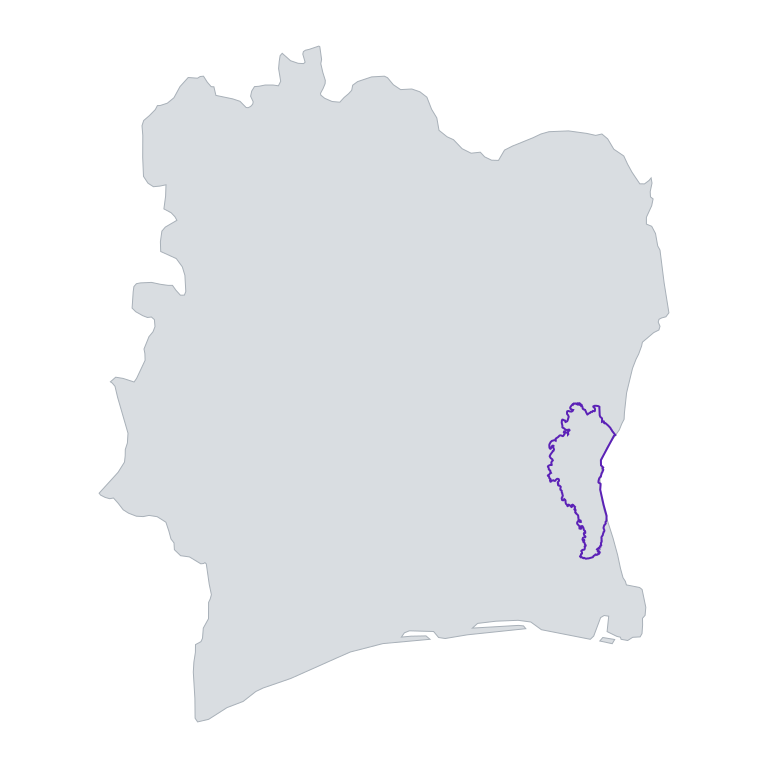 Indenie-Djuablin, Comoe, Ivory Coast (highlighted)
{"feature_id": "98640826B87987908031267", "entity_name": "Indenie-Djuablin", "entity_type": "district", "adm_level": 2, "iso_a3": "CIV", "parent_name": "Ivory Coast", "parent_adm1": "Comoe", "projection": "robinson", "projection_center": [-3.502, 6.624], "detail": "fine", "context": "in_parent", "style": "outline", "palette": "violet", "viewbox_px": 768, "rotation_deg": 0, "n_neighbors": 0, "source": "geoboundaries", "source_scale": "gbopen_adm2", "svg_char_len": 9626}
<svg xmlns="http://www.w3.org/2000/svg" viewBox="0 0 768 768"><path d="M157.4,105.6L160.2,105.5L167.3,103.2L173.9,97.8L180.0,86.6L188.2,77.5L197.5,78.2L200.2,76.5L203.5,76.2L207.3,82.2L211.2,86.7L213.9,86.8L215.9,95.4L232.8,98.9L240.0,101.3L246.1,107.5L248.2,107.7L250.7,106.4L252.7,104.2L253.2,101.8L250.6,96.2L251.7,91.1L254.5,86.6L258.8,86.3L265.3,85.0L272.8,85.0L278.4,85.8L280.7,81.3L278.6,68.6L279.2,61.6L280.1,55.7L282.2,53.3L290.5,60.7L298.1,63.3L303.6,63.6L305.1,62.2L302.8,54.1L303.4,51.6L305.5,50.2L309.1,49.4L318.8,46.1L319.8,46.7L321.6,59.5L320.8,63.7L322.8,72.4L325.3,80.4L325.1,83.7L323.0,88.7L320.5,93.3L320.8,95.1L324.7,98.3L332.1,101.5L339.8,102.2L344.1,97.5L348.6,93.7L351.7,90.3L352.7,85.2L357.6,81.6L371.6,76.9L384.4,76.2L387.5,77.7L393.3,84.7L400.6,89.6L411.8,89.0L419.9,91.8L426.9,97.2L431.6,109.3L436.8,117.9L439.0,130.3L447.1,136.8L453.5,139.7L462.1,148.7L471.1,153.2L480.3,152.2L484.7,156.9L491.6,160.2L498.5,160.4L504.5,150.1L512.6,146.0L532.9,137.8L540.9,134.0L549.0,131.7L568.5,130.9L586.7,133.4L595.7,135.4L601.9,134.0L607.7,138.9L613.8,149.2L618.7,152.5L623.8,156.0L627.6,164.2L632.0,172.2L634.4,175.8L639.8,183.8L644.5,183.9L649.1,180.4L651.1,177.9L652.0,183.1L650.2,191.7L650.5,196.9L653.1,198.9L651.7,205.7L646.4,217.3L646.4,224.1L651.7,226.3L655.5,233.5L657.7,245.9L660.0,250.1L660.3,252.6L664.1,282.7L668.9,312.8L665.9,316.8L661.7,317.9L659.0,319.3L658.2,322.1L660.0,326.3L658.9,330.0L653.7,332.6L642.4,342.2L641.6,346.0L638.6,354.2L636.1,359.1L632.5,368.4L626.6,392.8L624.4,413.1L624.1,419.3L621.8,423.7L619.3,429.9L607.0,447.3L600.8,461.5L601.6,467.6L601.9,473.8L600.0,478.3L600.4,490.3L601.9,500.3L604.1,510.1L613.0,538.0L617.6,554.9L620.5,568.5L623.0,577.7L625.4,581.4L626.4,584.9L639.6,587.5L642.1,589.5L645.8,607.3L645.1,615.3L642.5,618.3L642.6,625.1L642.0,633.6L640.1,636.9L632.7,637.3L627.7,640.5L621.1,639.3L620.4,637.2L616.9,636.4L607.1,631.6L608.7,616.2L604.1,615.5L600.6,617.6L593.7,636.1L590.3,639.3L541.4,629.7L530.8,622.0L518.1,620.3L495.9,621.2L477.6,623.4L472.4,628.1L518.5,625.4L523.5,625.9L525.8,628.7L467.4,634.8L445.2,638.5L438.6,637.5L433.6,631.5L409.4,630.8L404.4,632.8L401.4,637.1L410.9,636.2L426.0,635.9L430.0,639.3L382.9,643.6L350.3,652.0L336.4,658.1L290.9,678.4L263.1,688.0L255.8,691.5L243.2,701.4L227.0,707.6L208.7,719.3L197.6,721.9L195.1,718.2L194.9,698.5L193.3,672.1L193.9,662.0L195.4,652.4L195.5,644.6L201.0,641.6L202.5,638.3L203.3,628.1L208.5,618.7L208.6,602.4L210.2,599.0L211.4,594.7L209.2,584.1L206.3,563.9L204.9,562.6L203.7,563.5L200.8,563.8L189.4,556.9L180.6,555.7L174.4,549.7L174.0,542.9L171.0,539.0L168.9,531.2L165.9,522.2L157.2,516.7L149.0,515.4L143.2,516.6L136.4,516.2L128.6,513.2L123.2,509.8L118.2,503.3L113.5,498.0L109.7,498.7L105.1,497.4L100.6,495.1L99.1,493.2L118.1,472.3L124.5,462.1L125.2,455.8L125.3,449.5L127.4,443.0L128.0,433.2L117.6,397.3L115.0,386.3L112.2,383.0L110.4,381.8L115.7,377.2L123.0,378.4L134.1,382.0L136.6,378.4L145.1,360.3L144.9,353.6L144.0,349.0L149.0,336.6L153.0,331.8L155.0,326.6L154.4,319.6L151.4,317.0L147.5,317.5L142.8,315.7L135.7,311.7L132.1,308.1L133.2,291.7L133.9,286.6L136.4,283.7L140.4,282.9L151.5,282.4L160.4,284.3L168.3,285.4L172.5,285.4L175.9,290.2L180.4,295.2L184.4,295.1L185.8,291.5L184.9,275.3L182.3,266.8L176.3,258.6L160.7,251.5L160.4,241.7L161.9,231.1L165.3,227.1L176.9,220.3L174.9,216.7L171.2,212.8L163.9,208.9L165.6,196.2L166.0,184.8L159.8,186.1L153.4,186.7L148.0,183.2L143.5,176.4L142.7,157.4L142.8,135.4L142.0,125.7L143.7,120.5L149.2,115.8L155.3,109.6L157.4,105.6ZM614.7,639.5L612.2,643.7L599.8,641.0L602.8,637.5L614.7,639.5Z" fill="#d9dde1" stroke="#a8b0b8" stroke-width="1"/><path d="M575.1,403.6L574.2,403.5L574.2,403.8L573.6,403.9L573.0,404.7L572.6,404.3L571.3,405.8L570.4,407.1L570.2,407.7L570.3,408.4L570.6,408.9L571.5,409.3L572.1,409.9L573.1,410.0L572.8,410.7L572.3,411.2L571.4,411.6L569.6,411.4L568.4,411.0L567.4,411.2L567.1,411.7L567.0,412.9L567.1,414.0L567.4,414.4L568.1,415.2L568.7,416.8L567.6,420.4L567.2,421.2L565.6,422.0L565.3,421.7L565.2,420.8L565.0,420.5L563.8,420.2L562.8,419.6L562.3,419.7L561.9,420.5L561.7,422.7L562.4,425.6L562.4,427.4L563.1,427.9L563.7,428.1L565.8,429.9L566.5,429.9L567.5,430.4L567.9,430.2L568.0,429.8L568.1,429.7L569.1,429.6L569.4,429.9L569.5,430.4L568.7,431.0L567.9,432.3L568.3,434.2L568.0,434.5L568.0,433.9L567.4,432.8L566.9,432.6L566.1,432.5L565.4,432.1L564.6,431.4L564.2,431.4L563.8,432.2L564.4,433.0L564.7,433.8L564.3,434.2L563.7,435.3L563.1,436.0L562.7,436.1L560.9,435.4L560.0,435.4L559.4,435.7L558.3,436.9L555.8,438.6L555.6,438.9L555.8,440.2L555.7,440.7L554.8,440.2L554.2,440.2L551.9,440.9L550.7,442.0L549.5,444.2L549.3,445.0L549.4,447.2L549.5,447.8L550.0,448.6L550.4,448.8L550.8,448.6L551.3,447.8L551.5,446.9L552.3,445.8L552.9,445.6L553.5,445.8L553.5,446.1L553.1,446.7L553.0,447.3L553.5,447.9L554.0,449.4L553.6,450.6L553.5,450.8L552.8,451.0L552.7,451.5L550.8,454.0L549.9,455.6L549.7,456.3L549.8,456.6L550.7,458.1L552.3,459.3L552.8,460.5L552.0,461.2L551.4,462.3L551.3,463.2L551.7,464.4L551.6,465.0L550.2,465.0L548.4,465.8L548.0,466.4L547.9,466.7L548.8,468.3L548.8,469.4L549.3,469.9L550.2,470.5L550.3,470.9L550.2,471.2L551.0,472.9L550.1,473.2L549.3,474.6L548.4,474.9L547.9,475.6L548.2,476.1L548.9,476.5L549.2,477.0L549.3,477.3L549.2,477.8L549.5,478.4L550.3,478.8L550.3,479.4L550.0,480.4L550.4,481.6L550.7,481.7L551.0,481.2L551.4,481.0L551.6,480.4L552.4,480.6L553.5,480.3L554.2,480.8L554.9,480.9L555.4,480.6L555.8,479.9L557.0,478.9L557.8,478.8L558.6,479.1L559.0,480.0L559.0,480.8L558.8,481.1L558.0,482.0L557.8,482.4L557.8,483.1L558.2,483.4L558.0,484.0L558.0,484.9L558.5,485.5L559.4,485.5L560.7,486.7L560.7,487.0L560.3,488.9L560.5,489.8L560.9,490.0L561.7,490.8L561.7,492.1L562.3,493.2L562.2,493.7L562.4,494.1L562.8,495.7L562.8,495.9L562.4,496.5L562.2,497.3L561.7,498.1L562.0,499.9L562.4,500.2L563.3,500.3L563.7,500.0L564.2,499.1L565.2,499.9L565.5,500.5L565.6,502.6L565.8,503.4L566.1,504.0L567.0,504.7L567.2,505.6L567.6,506.1L567.9,506.0L568.1,505.1L568.7,504.7L569.8,505.3L570.6,506.2L571.5,507.0L572.0,506.7L572.2,506.4L572.1,505.9L571.7,505.5L571.8,505.1L572.5,504.7L573.1,504.9L575.0,506.9L574.7,507.3L574.9,508.1L574.4,509.5L574.8,510.0L575.0,510.1L575.4,509.7L575.6,510.1L575.5,510.9L575.3,511.4L575.2,512.3L576.0,513.0L575.9,513.3L577.7,514.9L578.1,515.5L578.3,516.4L578.2,517.1L578.4,517.5L578.5,519.3L579.4,520.1L580.6,520.6L580.8,521.4L580.8,521.7L580.6,521.7L580.7,521.9L580.1,522.0L579.5,521.7L578.7,521.0L577.9,521.2L577.2,522.4L577.1,523.2L577.3,523.9L579.4,526.2L579.5,527.2L579.4,528.0L579.5,528.5L580.7,528.8L581.2,528.6L581.3,528.4L581.3,527.9L580.5,527.1L580.4,526.6L580.5,526.4L581.6,526.1L582.4,526.1L583.3,527.6L583.6,528.5L583.7,529.3L584.0,530.1L585.0,531.0L585.2,531.6L585.1,532.0L585.3,532.8L585.2,532.9L584.3,532.6L584.2,532.7L583.8,533.6L584.1,535.0L585.2,536.3L585.4,536.5L585.4,536.9L585.1,537.3L583.6,537.5L583.0,537.8L582.6,538.9L582.5,539.6L582.9,540.4L583.7,540.0L584.2,540.0L584.3,540.2L584.2,540.9L583.5,541.5L583.4,541.9L584.5,542.8L584.8,543.6L584.9,544.4L585.7,545.2L585.7,545.7L585.5,546.0L585.1,546.0L584.7,546.3L584.6,546.5L584.9,547.6L584.6,549.1L584.4,549.5L583.2,549.9L582.5,549.9L581.4,550.8L581.3,551.1L581.7,551.6L582.0,552.6L582.0,553.6L581.0,554.2L580.9,555.0L580.6,555.8L580.2,556.1L580.1,556.3L580.3,556.5L580.2,556.6L580.7,557.2L581.2,556.9L581.5,556.9L581.9,557.4L583.1,558.1L583.6,558.2L583.8,557.9L584.2,557.9L585.9,558.7L587.8,558.4L588.6,558.4L592.8,557.2L593.7,555.8L594.7,555.4L595.4,554.5L595.8,554.4L596.4,554.9L596.9,554.9L597.6,554.4L598.0,554.3L598.1,553.9L598.5,554.0L599.0,553.8L599.1,553.2L599.6,552.8L599.1,552.4L599.1,551.9L598.8,551.8L598.9,551.5L598.5,551.9L598.2,551.7L598.1,551.4L597.9,551.2L598.3,550.8L598.5,550.8L598.4,550.7L597.8,550.5L597.8,550.1L597.5,549.9L597.4,549.4L597.1,549.3L597.3,549.0L597.5,549.0L598.0,548.6L598.7,548.4L598.7,547.9L598.9,547.8L599.4,548.2L599.4,547.6L600.0,546.3L600.3,546.3L600.5,546.4L600.8,545.3L601.2,545.1L600.9,544.1L601.0,543.6L600.9,543.0L601.4,542.4L601.4,541.9L601.7,541.3L601.5,540.8L601.7,540.3L601.5,539.9L601.6,539.3L601.6,538.3L601.4,538.0L601.5,537.2L601.8,536.4L602.2,536.1L602.8,535.1L602.9,534.1L603.1,533.8L603.2,533.2L603.5,532.7L603.5,532.1L604.0,531.7L604.4,530.8L604.1,529.3L603.7,528.7L603.5,527.9L603.9,526.2L604.3,525.1L604.9,524.7L605.7,523.5L605.5,523.1L605.6,521.8L606.4,520.9L606.6,515.9L603.6,504.9L600.2,489.7L600.6,484.7L600.5,483.7L598.7,482.7L598.4,482.2L598.6,480.5L599.2,478.4L600.0,477.2L600.9,476.6L600.9,475.6L601.3,474.8L601.5,473.3L602.2,472.5L603.3,469.8L602.6,468.4L603.2,467.5L601.0,465.3L600.9,460.1L613.9,435.9L615.3,435.0L612.1,430.9L611.8,430.2L611.1,429.3L610.3,427.8L608.1,425.5L605.4,423.1L604.5,423.3L603.7,422.5L604.0,421.9L603.8,421.4L602.7,421.2L602.0,421.6L602.1,419.3L602.0,418.5L601.7,418.0L600.5,417.1L600.1,416.4L599.7,415.3L599.4,408.3L599.3,408.1L599.5,407.0L599.0,406.5L598.5,406.2L597.6,406.0L596.1,405.8L594.7,405.8L593.4,406.3L593.3,406.5L593.5,407.1L594.6,408.0L594.9,408.6L595.0,409.3L595.0,409.9L594.8,410.4L594.9,410.8L594.6,411.1L594.3,410.9L593.1,411.1L592.9,411.0L592.2,411.9L591.4,411.8L590.6,412.1L590.3,412.8L589.5,413.0L587.4,414.5L587.2,414.4L587.1,413.9L586.4,412.8L585.1,409.9L584.0,409.6L583.7,409.2L583.2,409.1L582.7,408.6L582.5,407.2L582.3,406.6L581.9,406.1L581.5,406.1L581.8,405.2L581.3,404.8L580.7,405.3L580.4,405.1L580.3,404.7L580.4,404.2L580.3,403.8L579.8,403.5L579.6,403.7L580.0,404.4L580.0,404.6L579.5,404.8L579.3,404.7L579.2,403.6L578.9,403.8L578.8,404.6L578.7,404.6L578.3,404.0L578.2,403.3L578.0,403.2L577.7,403.6L577.8,404.2L578.0,404.5L577.8,404.6L576.9,404.1L576.5,404.1L576.3,403.6L576.0,403.4L575.1,403.6Z" fill="none" stroke="#5b21b6" stroke-width="2"/></svg>